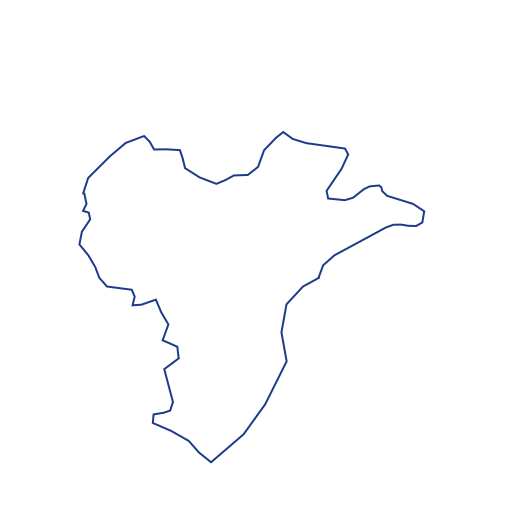 Causeni, Equal Earth projection, rotated 242°
{"feature_id": "MDA-1649", "entity_name": "Causeni", "entity_type": "District", "adm_level": 1, "iso_a3": "MDA", "parent_name": "Moldova", "parent_adm1": "", "projection": "equal_earth", "projection_center": [29.315, 46.605], "detail": "fine", "context": "isolated", "style": "outline", "palette": "blue", "viewbox_px": 512, "rotation_deg": 242, "n_neighbors": 0, "source": "natural_earth", "source_scale": "10m", "svg_char_len": 1230}
<svg xmlns="http://www.w3.org/2000/svg" viewBox="0 0 512 512"><g transform="rotate(242 256 256)"><path d="M216.5,425.5L207.5,418.6L207.3,411.5L211.0,404.9L215.8,398.5L219.1,391.9L220.2,383.8L219.8,325.7L216.3,311.0L207.8,301.4L207.2,301.4L207.2,301.2L207.0,283.2L199.0,260.2L176.6,242.6L148.6,233.6L120.7,194.4L104.4,161.3L95.0,119.5L109.2,113.4L124.3,109.8L141.2,99.1L157.0,86.5L164.2,91.2L160.9,101.0L159.8,107.6L166.0,114.1L199.2,121.9L201.9,139.7L212.8,143.9L225.4,134.0L236.7,146.5L250.9,145.9L264.5,147.1L266.8,132.0L270.4,123.9L277.1,129.8L284.5,130.5L299.0,110.1L310.4,107.4L321.8,108.9L335.3,108.3L349.1,105.5L359.2,113.7L366.2,126.8L372.8,128.7L377.0,124.5L381.6,130.8L391.6,133.7L392.3,132.8L392.6,133.0L397.5,138.0L403.7,144.5L412.7,174.1L417.0,194.1L414.5,213.5L406.7,215.8L397.9,216.0L392.1,227.3L385.2,238.5L376.2,237.0L366.9,234.6L351.9,243.1L338.3,254.9L337.4,264.4L337.5,274.3L331.4,286.8L333.7,299.6L345.6,312.8L351.1,329.7L352.6,337.9L352.7,338.2L342.1,343.4L332.2,353.2L309.1,385.0L302.4,385.1L292.9,372.6L280.4,348.9L272.9,346.7L263.6,360.6L261.9,369.0L264.4,382.9L264.1,389.1L260.4,397.9L257.7,398.9L254.1,397.9L247.6,400.0L228.3,419.1L216.5,425.5Z" fill="none" stroke="#1e3a8a" stroke-width="2"/></g></svg>